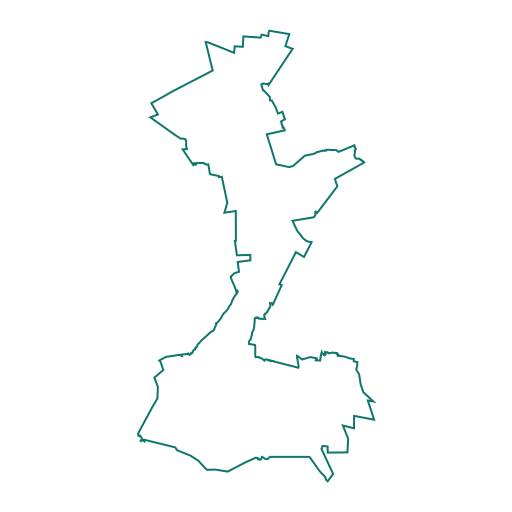 San Luis Potosí, San Luis Potosí, Mexico (Robinson projection)
{"feature_id": "50627088B2244666711927", "entity_name": "San Luis Potosí", "entity_type": "district", "adm_level": 2, "iso_a3": "MEX", "parent_name": "Mexico", "parent_adm1": "San Luis Potosí", "projection": "robinson", "projection_center": [-100.954, 22.309], "detail": "fine", "context": "isolated", "style": "outline", "palette": "teal", "viewbox_px": 512, "rotation_deg": 0, "n_neighbors": 0, "source": "geoboundaries", "source_scale": "gbopen_adm2", "svg_char_len": 5965}
<svg xmlns="http://www.w3.org/2000/svg" viewBox="0 0 512 512"><path d="M261.6,34.7L260.7,37.6L243.4,36.4L242.9,44.5L242.8,46.8L234.7,46.3L234.1,52.9L221.9,47.9L207.8,42.3L205.7,42.0L210.7,62.4L212.7,70.5L173.4,90.9L155.8,100.8L151.3,103.2L157.9,114.5L150.4,117.4L175.5,135.3L180.7,138.6L183.5,138.7L185.3,139.1L186.3,141.8L186.0,145.4L186.9,149.1L182.7,149.4L193.3,165.1L194.1,164.2L194.0,163.2L195.2,163.2L194.8,164.6L195.3,164.7L195.4,164.3L195.6,164.3L195.6,164.0L196.1,164.2L196.3,163.7L196.2,163.3L196.3,163.1L203.7,162.9L204.4,163.7L206.0,164.4L206.4,164.3L206.7,164.6L208.3,164.4L210.0,174.2L218.8,176.0L219.0,177.2L221.8,176.7L227.3,202.8L224.4,212.7L235.8,211.0L235.9,240.7L234.9,240.9L236.9,255.3L250.3,254.9L250.4,260.3L237.7,262.0L238.9,271.1L239.0,271.7L239.0,271.8L234.6,273.1L230.7,276.7L231.2,278.6L231.7,279.7L232.0,280.7L233.8,284.6L235.8,289.7L236.3,291.6L237.5,290.7L237.7,291.1L237.3,292.8L236.8,293.5L236.2,294.2L234.9,295.9L233.7,297.8L233.2,298.8L232.7,299.5L231.0,304.0L229.9,305.4L228.9,307.0L227.4,309.7L227.1,310.0L226.1,311.1L225.3,312.0L224.0,313.1L222.6,315.0L221.8,316.8L220.4,318.9L217.3,322.7L216.1,323.4L216.5,323.7L213.8,330.2L213.5,330.3L213.3,330.4L213.1,330.7L212.6,330.9L212.4,331.2L212.0,331.4L210.4,332.2L206.5,336.0L205.0,337.2L203.7,338.4L201.6,340.3L200.7,341.1L200.5,341.6L198.6,343.7L198.1,344.1L197.9,344.1L197.7,344.3L197.4,345.0L197.2,346.2L196.6,346.8L196.3,347.3L196.2,347.1L196.0,347.3L195.6,347.8L195.8,347.9L195.2,348.4L195.0,348.9L195.0,349.6L194.8,349.7L194.2,349.7L193.9,349.9L193.1,350.8L192.8,351.3L192.7,351.5L192.8,351.8L192.5,352.0L192.3,352.8L191.9,353.3L191.6,353.3L191.5,353.5L191.4,353.5L191.3,353.1L191.1,353.1L190.0,354.7L189.5,354.9L188.2,353.5L187.4,354.1L187.2,353.9L182.3,354.5L181.6,354.6L181.9,355.7L181.7,355.6L181.3,355.8L180.7,355.2L180.6,355.3L180.2,355.4L180.3,355.4L180.1,355.0L179.8,355.0L179.6,354.8L165.7,357.0L159.3,360.5L160.6,362.1L163.3,370.0L154.4,377.6L157.9,387.1L157.4,398.5L152.2,407.3L137.9,433.9L138.1,434.5L138.3,434.4L138.5,435.6L139.0,435.4L139.5,436.2L140.1,435.8L140.9,436.7L142.3,439.1L142.7,438.8L140.6,440.6L141.1,441.2L143.0,440.0L143.3,440.1L144.1,440.4L143.8,440.9L144.4,441.4L144.5,440.9L144.5,439.8L175.3,447.4L177.0,450.2L190.4,455.6L198.3,460.7L203.7,466.5L206.9,469.8L215.4,469.6L227.7,471.6L245.9,462.1L254.8,458.2L255.1,457.8L255.9,457.8L256.3,457.9L256.7,458.1L257.0,457.9L257.4,457.9L257.7,458.3L258.1,459.3L258.9,458.9L259.6,459.7L260.4,459.7L261.4,458.4L261.9,456.9L263.4,457.6L264.6,458.5L265.5,459.0L266.9,459.1L268.1,458.7L270.0,456.9L306.3,456.9L308.8,456.9L309.7,457.1L319.6,471.1L324.8,476.5L325.0,476.7L325.7,478.5L325.9,479.5L326.1,479.8L327.7,481.3L333.1,473.9L323.8,453.9L321.8,449.8L321.5,448.6L321.9,448.5L322.6,445.9L327.6,446.5L327.7,452.6L347.4,452.4L348.2,438.9L342.9,425.5L354.0,428.3L354.1,415.9L374.1,419.7L367.8,400.5L373.4,401.5L363.4,392.3L360.6,384.2L359.2,374.6L356.2,369.4L357.1,366.1L357.4,362.1L353.7,361.3L353.8,359.0L350.2,358.5L344.7,356.6L339.6,355.9L339.3,355.9L339.1,356.0L338.7,355.7L338.4,355.3L338.4,354.6L338.1,354.5L337.8,354.5L338.0,355.6L337.8,355.7L337.7,355.2L337.4,354.8L337.4,354.5L337.2,354.3L337.3,353.5L337.2,353.4L337.1,353.1L336.4,353.0L336.5,353.2L335.3,353.1L334.3,352.9L333.3,352.8L333.0,352.6L332.5,352.5L332.3,352.7L331.7,352.8L329.8,353.2L329.3,353.1L328.6,353.1L328.2,352.8L328.2,353.0L327.3,352.6L325.1,352.0L325.4,353.9L324.8,353.8L324.8,354.6L324.9,354.8L324.9,355.2L324.7,355.3L324.6,355.2L324.4,355.6L324.4,355.3L323.5,354.5L323.6,353.8L323.2,353.7L323.0,353.8L322.3,353.7L321.9,353.1L321.7,352.4L321.3,353.8L320.7,356.3L320.5,357.6L320.5,358.4L320.2,360.5L315.9,360.3L316.8,358.5L310.9,357.1L310.2,357.2L306.5,358.2L302.1,359.5L298.1,356.4L297.7,356.1L297.0,355.8L297.1,358.1L297.5,359.2L297.5,359.9L298.4,364.4L298.6,366.4L298.6,367.1L298.4,367.2L298.3,367.7L273.2,361.3L273.2,361.0L270.7,361.1L270.7,360.6L270.2,360.6L270.2,360.4L269.1,360.4L269.1,360.1L268.0,360.1L267.9,359.7L266.8,359.7L265.4,359.3L264.5,360.6L261.6,358.4L259.1,357.7L258.9,357.4L258.8,356.9L255.7,357.2L255.3,356.4L255.2,345.3L255.0,345.0L253.6,344.8L251.9,344.3L249.1,344.1L248.9,343.0L248.9,342.0L249.2,341.1L249.5,340.7L249.7,340.4L250.4,339.8L250.9,338.4L251.4,336.3L252.0,334.9L252.1,332.6L253.3,330.3L253.9,328.7L254.0,327.6L254.3,325.5L254.6,321.5L254.7,321.0L254.7,318.9L254.8,318.3L256.4,318.1L256.4,317.4L257.2,317.5L258.6,317.9L258.6,318.5L260.9,318.8L261.0,318.9L262.3,318.8L263.5,319.0L264.4,318.8L265.1,318.9L264.4,316.8L264.2,316.0L264.3,314.5L264.9,314.4L265.3,313.6L265.7,313.6L267.3,311.8L267.2,311.7L267.5,311.3L269.2,308.1L269.4,308.1L269.7,307.7L270.2,306.6L270.3,306.0L270.5,305.7L270.3,304.9L270.0,303.1L271.9,303.1L272.8,304.7L273.0,304.4L281.7,285.0L279.4,284.3L282.1,279.0L283.6,276.3L295.9,252.1L304.0,257.0L311.6,242.2L306.4,241.1L306.2,240.7L303.9,239.0L302.5,237.7L301.8,236.4L300.7,235.1L299.8,233.9L299.1,233.1L298.5,232.6L297.4,231.2L292.5,220.8L313.8,217.3L315.4,215.2L315.3,211.9L315.7,211.6L316.1,213.1L317.1,213.0L337.3,186.4L334.9,178.9L364.2,162.5L363.5,161.5L363.2,161.6L362.9,161.7L362.1,161.1L361.9,160.3L360.8,159.9L360.4,159.3L359.9,159.3L358.8,158.5L356.7,158.8L355.3,158.0L354.7,156.4L354.3,155.1L354.9,152.7L355.0,151.8L354.6,150.4L355.7,149.5L355.7,148.4L354.7,147.4L354.4,145.3L339.7,151.4L338.6,151.9L336.1,150.1L330.7,150.0L327.7,149.7L326.7,149.8L326.5,150.1L326.0,150.1L326.0,150.5L324.4,150.5L324.2,150.9L323.3,150.5L322.7,150.5L322.0,151.0L320.0,151.3L318.8,151.8L316.9,152.1L315.5,153.0L313.6,153.9L304.8,155.7L293.2,165.9L289.1,167.1L276.1,164.3L266.8,134.3L284.8,130.3L283.6,127.4L282.6,127.6L282.3,125.3L281.5,123.7L281.6,122.9L281.0,121.5L284.9,119.3L282.4,111.8L278.0,113.6L275.6,107.3L271.8,100.5L269.9,100.3L269.9,97.0L263.1,89.9L262.9,90.0L261.3,84.5L262.7,83.8L262.9,83.5L267.4,84.1L268.0,83.7L268.5,85.1L287.6,56.4L292.6,48.9L285.4,46.1L289.3,34.1L269.4,30.7L268.6,32.3L268.3,36.1L261.6,34.7Z" fill="none" stroke="#0f766e" stroke-width="2"/></svg>